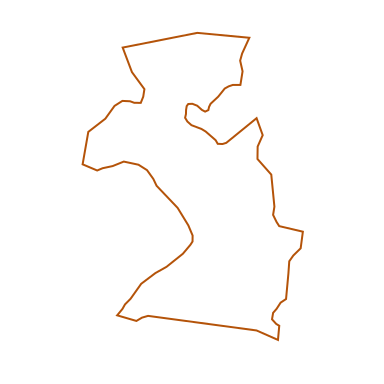 an SVG outline of Šentjur pri Celju, rotated 173°
{"feature_id": "SVN-220", "entity_name": "Šentjur pri Celju", "entity_type": "Municipality", "adm_level": 1, "iso_a3": "SVN", "parent_name": "Slovenia", "parent_adm1": "", "projection": "robinson", "projection_center": [15.433, 46.187], "detail": "fine", "context": "isolated", "style": "outline", "palette": "amber", "viewbox_px": 384, "rotation_deg": 173, "n_neighbors": 0, "source": "natural_earth", "source_scale": "10m", "svg_char_len": 1226}
<svg xmlns="http://www.w3.org/2000/svg" viewBox="0 0 384 384"><g transform="rotate(173 192 192)"><path d="M111.2,199.6L112.0,167.4L114.3,159.4L111.7,151.9L109.6,147.5L86.8,139.1L91.0,122.9L99.2,116.6L103.9,111.4L106.3,99.1L111.7,74.3L117.5,71.4L122.3,65.7L126.2,62.2L128.1,55.9L124.5,50.8L121.7,48.6L124.7,34.7L144.8,46.7L250.7,74.4L256.9,73.4L262.9,70.8L281.3,78.7L275.3,84.4L272.2,88.6L266.0,93.5L253.6,107.1L238.2,116.0L226.5,120.8L208.6,131.8L200.0,139.8L197.5,142.8L196.7,148.7L199.7,159.3L208.2,178.0L226.4,202.5L228.8,209.7L234.0,219.2L241.8,225.6L256.0,230.5L267.6,227.4L277.8,226.5L283.5,224.9L297.2,232.8L287.6,264.3L269.1,275.3L258.4,286.9L250.0,290.9L242.4,289.6L238.5,287.6L232.0,286.7L228.8,292.5L226.7,299.9L237.0,318.3L243.2,343.8L167.4,349.3L116.3,338.1L125.4,323.3L128.2,316.5L127.1,305.6L130.9,292.4L138.4,293.3L142.7,292.4L146.9,290.7L154.4,283.4L162.8,277.3L164.7,274.4L165.8,271.3L169.2,270.2L172.2,272.3L176.3,277.0L180.9,279.5L185.0,279.8L186.8,277.9L187.9,274.1L188.5,270.1L189.8,266.5L188.0,262.5L184.4,258.4L174.9,253.4L171.1,250.4L162.2,240.5L160.6,236.7L155.9,235.9L152.0,236.6L118.9,257.4L114.9,239.8L121.3,229.1L123.0,216.8L111.2,199.6Z" fill="none" stroke="#b45309" stroke-width="2"/></g></svg>